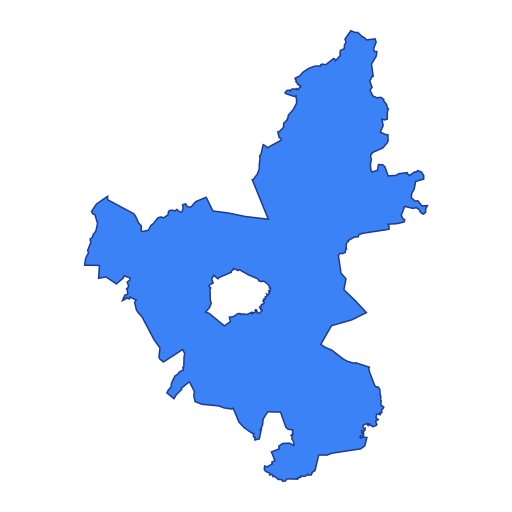 outline of Priekules pag., Priekules, Latvia
{"feature_id": "27541924B37893488453851", "entity_name": "Priekules pag.", "entity_type": "district", "adm_level": 2, "iso_a3": "LVA", "parent_name": "Latvia", "parent_adm1": "Priekules", "projection": "mercator", "projection_center": [21.629, 56.464], "detail": "fine", "context": "isolated", "style": "filled", "palette": "blue", "viewbox_px": 512, "rotation_deg": 0, "n_neighbors": 0, "source": "geoboundaries", "source_scale": "gbopen_adm2", "svg_char_len": 6050}
<svg xmlns="http://www.w3.org/2000/svg" viewBox="0 0 512 512"><path d="M383.7,407.0L380.8,405.0L381.2,400.9L380.6,399.8L380.8,396.1L380.1,394.7L379.9,390.1L378.8,387.7L377.6,386.8L376.7,387.2L374.9,385.9L369.7,372.4L368.7,368.6L369.4,367.2L355.5,362.7L354.1,363.2L347.3,361.3L342.7,358.6L331.6,350.0L325.5,347.5L320.8,344.4L331.5,325.7L351.7,319.9L366.4,312.6L355.4,300.8L343.9,289.7L346.0,278.8L341.0,273.2L338.4,255.5L340.3,253.1L342.1,253.7L345.2,252.5L345.7,249.5L346.6,249.0L346.1,247.0L346.4,243.6L347.4,241.7L348.4,241.5L348.2,240.6L354.3,237.1L358.2,236.8L359.0,234.6L362.7,233.3L389.0,229.3L389.1,226.6L388.1,224.2L396.8,223.7L404.1,222.0L404.8,219.8L402.5,218.3L401.3,215.1L404.7,206.4L412.9,208.4L416.3,207.7L419.0,209.4L420.7,212.6L423.4,214.2L425.6,212.4L425.7,208.7L427.4,205.6L421.9,205.9L417.9,200.8L415.0,201.1L411.3,197.5L411.7,193.4L414.2,189.1L415.7,181.4L423.7,179.1L423.7,175.6L421.7,172.2L417.8,170.5L416.1,172.1L414.6,171.9L409.4,175.6L407.3,173.5L407.1,172.6L398.7,173.7L396.1,175.4L388.2,175.9L384.9,166.8L382.7,164.8L378.5,164.5L377.4,170.4L371.7,172.0L370.7,168.8L370.4,164.9L371.4,159.1L370.6,157.2L370.8,155.0L372.2,153.3L372.1,152.7L382.9,147.9L387.5,142.4L388.1,140.7L387.9,134.6L386.5,134.9L380.3,132.1L383.2,125.6L381.9,119.2L384.6,119.9L387.3,119.1L387.3,112.0L388.4,108.7L387.6,108.4L386.5,104.3L383.5,100.6L383.8,99.6L381.2,97.4L376.7,97.7L372.7,95.8L370.0,90.0L372.1,87.4L369.8,81.0L372.4,76.1L373.2,76.2L371.5,64.0L376.1,56.5L376.7,53.8L376.8,51.5L374.6,51.6L373.5,49.1L376.1,42.2L375.2,38.9L366.4,39.9L364.7,37.8L362.1,36.5L357.8,32.4L355.3,32.5L350.8,30.7L345.0,39.0L346.0,42.5L344.4,44.9L344.3,48.6L340.4,50.5L339.9,53.9L340.5,55.4L335.4,60.8L334.5,58.7L333.6,58.5L325.8,64.7L321.9,64.1L320.7,64.8L320.6,65.9L314.4,66.2L308.7,68.4L303.2,72.0L299.5,76.1L295.3,78.0L295.2,79.1L296.3,80.1L295.8,81.4L297.5,83.3L297.5,84.2L300.6,86.2L300.6,87.1L299.6,87.4L298.2,89.6L296.3,88.5L295.9,88.8L296.1,89.4L292.7,88.9L291.0,89.7L290.4,91.2L289.2,90.2L287.0,90.4L285.1,92.5L285.3,93.4L290.9,95.4L295.5,96.7L295.9,96.0L296.5,99.2L296.5,103.3L293.2,109.6L288.3,115.2L288.0,117.7L287.1,119.2L287.4,119.7L283.7,123.2L283.5,127.4L279.0,131.8L277.8,131.9L279.1,137.6L281.0,138.5L281.3,140.1L267.2,147.8L265.9,146.1L263.2,144.7L261.0,154.1L259.7,155.7L260.0,159.0L259.3,164.0L259.2,169.2L257.3,174.1L253.4,179.4L252.2,179.6L268.3,219.2L245.2,216.5L227.9,212.9L212.9,211.0L206.2,197.3L195.7,201.6L191.3,206.7L188.9,207.2L186.7,206.0L185.8,203.9L183.0,204.5L182.5,205.1L183.3,207.6L182.0,211.8L181.4,212.1L179.5,211.8L176.9,209.4L174.9,211.0L172.2,210.1L169.5,210.6L168.5,211.7L167.9,215.0L163.2,218.0L161.4,216.9L158.0,217.7L153.4,223.5L150.9,225.5L148.3,230.3L143.4,231.3L141.7,231.5L141.0,228.9L141.5,228.1L141.1,225.5L138.8,223.3L135.5,216.1L133.7,213.7L108.0,199.9L107.5,199.3L107.6,196.3L96.4,204.1L91.5,211.6L92.8,213.8L95.0,214.8L97.5,223.4L95.9,231.0L93.2,234.5L92.3,237.6L90.2,238.9L90.1,240.2L91.1,241.5L87.6,250.6L88.6,252.6L85.6,258.3L84.6,265.2L99.0,265.4L99.4,265.8L98.6,278.3L105.9,276.9L116.4,283.9L123.3,278.0L124.1,275.7L130.1,278.1L129.7,280.2L127.2,282.1L128.5,285.8L128.1,287.6L126.5,288.7L127.2,289.6L127.8,294.0L124.6,295.4L122.5,300.6L125.7,298.8L126.0,297.9L129.5,298.9L129.9,297.0L136.1,300.0L134.6,302.5L136.4,309.8L138.0,312.4L142.0,316.8L153.9,339.4L160.0,348.0L159.0,356.2L159.3,358.4L160.0,359.2L163.5,362.0L182.6,349.5L184.7,353.5L184.0,357.7L183.8,366.4L182.8,367.5L183.4,369.8L179.3,372.0L177.9,374.1L175.0,375.9L171.6,382.9L171.0,387.1L168.2,390.2L166.9,392.9L174.0,398.7L176.0,395.1L181.5,389.5L181.6,388.1L188.8,382.2L189.8,382.4L194.6,392.0L193.8,394.2L193.9,396.5L195.1,401.6L201.9,404.3L218.7,405.9L224.1,407.9L231.9,409.1L233.2,408.2L239.0,422.2L244.2,427.7L251.7,433.0L254.0,433.7L253.2,435.5L254.4,437.7L255.0,437.6L254.8,440.0L259.3,438.9L261.3,429.3L260.5,429.6L262.5,425.2L263.2,418.9L267.7,411.8L280.5,412.1L285.9,427.2L288.0,429.2L292.8,430.0L292.4,432.6L293.2,434.4L291.6,434.7L291.0,435.5L292.1,436.6L291.9,439.0L293.0,440.5L293.9,443.7L293.7,445.4L289.5,443.1L282.6,443.5L278.8,446.1L279.1,448.9L271.4,451.9L275.0,460.8L271.8,462.1L272.4,463.7L267.3,466.8L264.6,466.0L264.3,469.4L265.5,471.3L270.0,473.4L269.7,474.9L272.0,474.4L273.2,476.8L274.7,476.3L278.2,479.4L281.9,479.7L282.7,481.3L285.7,480.9L286.3,479.4L287.7,478.9L296.5,479.1L297.2,478.4L297.5,479.1L298.2,478.7L298.2,477.8L300.6,477.3L300.3,476.4L300.9,476.1L305.0,476.3L307.9,474.4L308.3,475.1L311.3,474.9L312.2,472.4L315.0,470.6L318.7,455.0L327.0,455.1L332.0,453.2L360.9,448.8L364.8,445.7L366.9,437.5L362.9,437.0L360.9,438.2L359.9,436.9L360.5,435.9L362.9,436.1L363.7,434.9L363.5,432.4L362.6,433.3L361.8,433.1L361.5,430.6L364.1,431.0L364.8,430.4L365.3,428.2L363.7,428.3L362.9,426.9L362.9,425.4L366.7,423.6L367.5,424.9L368.2,423.9L369.0,424.2L368.9,425.0L370.0,423.9L370.5,425.3L372.9,426.7L376.1,425.5L376.9,424.4L375.9,422.4L375.8,420.8L378.2,419.7L375.8,417.3L376.5,415.7L376.4,414.3L377.4,413.8L380.1,414.8L380.5,413.9L379.8,412.8L380.0,412.4L381.7,412.7L381.7,409.9L383.6,407.8L383.7,407.0ZM224.4,325.9L209.1,313.3L205.6,312.1L209.6,307.5L211.2,303.1L210.3,299.9L210.0,289.0L210.8,288.0L208.9,286.1L209.8,284.7L213.1,283.0L211.7,279.1L213.7,275.3L218.0,278.8L218.5,277.7L231.3,272.3L231.4,271.0L233.4,269.6L233.7,268.5L238.1,270.6L239.4,269.7L248.5,274.9L257.5,278.7L259.3,281.1L261.6,281.6L262.4,281.0L265.1,282.0L268.3,284.8L269.6,286.9L269.3,287.9L270.7,288.2L270.3,289.8L268.8,290.7L270.0,291.4L268.8,292.4L269.3,293.4L267.8,294.9L266.8,294.2L267.3,295.6L265.3,296.9L265.6,297.6L265.1,298.1L265.5,298.8L263.6,299.2L263.7,300.6L262.9,301.1L264.3,302.3L263.7,303.9L261.4,304.5L261.3,305.9L259.7,306.9L260.5,307.7L260.1,308.2L260.7,308.6L260.7,309.6L261.8,309.3L262.1,310.9L259.4,313.1L257.3,312.9L257.2,311.7L256.3,310.4L256.5,309.9L255.7,309.7L255.1,310.3L255.6,311.7L252.8,313.5L252.9,312.6L252.0,312.2L251.4,313.4L250.4,312.8L247.9,314.2L244.7,314.4L243.1,313.7L241.3,314.5L240.2,313.5L237.9,313.6L233.3,316.7L229.3,317.2L230.5,321.5L224.4,325.9Z" fill="#3b82f6" stroke="#1e3a8a" stroke-width="1.5"/></svg>